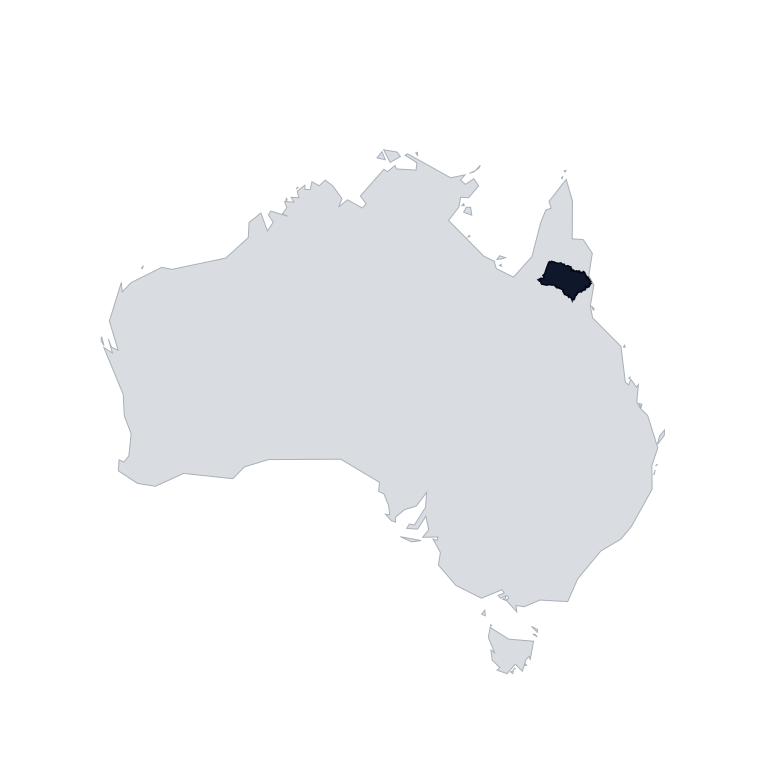 Mareeba, Queensland, Australia (highlighted), rotated 14°
{"feature_id": "25037944B55743987265110", "entity_name": "Mareeba", "entity_type": "district", "adm_level": 2, "iso_a3": "AUS", "parent_name": "Australia", "parent_adm1": "Queensland", "projection": "albers", "projection_center": [144.699, -17.129], "detail": "fine", "context": "in_parent", "style": "filled", "palette": "ink", "viewbox_px": 768, "rotation_deg": 14, "n_neighbors": 0, "source": "geoboundaries", "source_scale": "gbopen_adm2", "svg_char_len": 9059}
<svg xmlns="http://www.w3.org/2000/svg" viewBox="0 0 768 768"><g transform="rotate(14 384 384)"><path d="M522.5,160.6L531.5,197.6L542.3,195.7L554.5,206.8L556.5,229.4L563.7,237.3L565.3,258.4L570.4,269.4L604.8,290.2L617.7,323.8L621.6,325.6L622.4,319.7L629.7,326.0L631.0,323.0L633.6,340.0L637.9,345.1L647.4,350.7L665.1,379.7L663.6,398.4L669.6,421.2L658.5,462.4L651.4,477.2L634.8,493.5L619.1,526.2L614.9,550.7L587.6,555.9L574.0,566.2L565.6,567.0L568.0,573.0L554.9,564.2L556.8,562.2L555.9,560.0L553.5,559.9L549.1,563.7L545.9,561.4L551.2,557.8L548.2,555.1L530.4,568.3L502.6,562.1L480.6,546.5L479.5,533.8L469.1,522.6L473.3,522.9L473.2,519.4L458.6,523.4L462.7,514.6L456.6,502.2L451.7,516.7L441.0,518.6L442.5,513.7L447.6,513.5L454.2,493.6L451.6,478.8L444.8,494.7L434.2,501.0L427.3,510.6L428.6,515.3L424.2,514.9L416.9,510.0L421.3,509.7L417.8,500.7L410.5,490.6L404.8,489.6L403.4,480.5L360.3,467.4L290.2,485.3L268.6,498.2L260.2,512.5L211.3,519.2L186.9,538.5L168.8,540.1L147.2,532.5L145.3,521.7L150.5,522.7L153.8,515.5L150.7,493.4L139.8,477.9L133.5,457.2L103.3,416.3L113.1,419.7L105.6,406.9L110.7,414.3L117.9,415.6L102.3,389.3L104.6,349.1L107.7,358.0L114.2,346.7L140.2,324.5L150.4,324.1L200.0,300.1L216.9,274.8L214.0,259.9L223.2,247.9L233.8,263.7L237.4,253.9L231.0,247.9L232.2,243.6L249.8,244.5L244.2,243.5L247.1,236.5L243.4,231.0L252.6,229.3L248.8,225.3L256.4,223.9L253.2,217.9L259.2,210.2L260.1,214.3L265.4,213.3L265.2,205.2L273.2,207.3L277.6,200.4L286.3,204.1L298.4,214.3L297.2,223.3L304.0,214.1L320.3,218.5L323.1,213.5L315.6,207.3L332.0,175.6L335.9,177.3L341.8,169.3L344.2,172.3L363.4,168.7L362.4,161.4L349.1,156.9L351.1,154.9L398.7,167.8L412.0,161.5L408.9,167.6L414.8,170.6L421.5,163.1L427.9,168.9L421.1,182.8L413.1,184.3L413.9,194.1L407.1,209.7L449.9,235.8L461.3,238.3L465.0,244.9L483.8,249.0L496.7,224.6L497.0,189.4L498.9,176.1L503.7,172.9L499.9,167.0L511.3,141.4L522.5,160.6ZM545.9,594.5L566.7,601.4L591.3,597.4L592.6,616.4L591.0,613.0L588.5,616.9L587.7,629.2L579.1,624.1L573.5,635.3L562.9,634.3L565.0,631.1L555.8,625.8L552.1,616.2L556.2,617.9L546.5,604.5L545.9,594.5ZM327.0,156.8L340.5,155.8L344.9,159.3L336.4,167.5L327.0,156.8ZM436.8,528.2L457.9,526.9L449.0,530.5L436.8,528.2ZM425.3,191.6L428.3,199.0L419.8,198.1L421.0,192.7L425.3,191.6ZM664.0,376.4L663.9,367.8L667.3,360.8L668.4,366.0L664.0,376.4ZM585.7,583.5L592.6,585.2L592.8,587.9L585.7,583.5ZM325.8,159.1L331.1,166.1L322.5,166.3L325.8,159.1ZM538.4,584.4L534.4,583.7L536.5,579.1L538.4,584.4ZM471.3,232.1L467.4,234.4L463.4,235.8L465.3,231.5L471.3,232.1ZM103.0,414.4L99.2,410.8L98.4,407.0L98.8,406.8L103.0,414.4ZM591.2,590.4L593.9,592.3L588.8,590.7L591.2,590.4ZM636.3,341.2L639.2,341.2L639.1,345.0L636.3,341.2ZM566.3,258.1L569.9,260.4L569.2,261.7L566.3,258.1ZM578.8,630.8L579.1,633.8L576.5,632.8L578.8,630.8ZM668.0,401.8L668.0,406.5L667.6,406.4L668.0,401.8ZM361.2,154.1L358.9,152.2L360.3,151.1L361.2,154.1ZM424.0,151.2L420.9,155.2L424.5,148.4L424.0,151.2ZM668.7,396.3L667.2,397.7L668.2,396.1L668.7,396.3ZM431.7,220.1L429.9,221.0L430.8,219.1L431.7,220.1ZM418.7,191.6L416.4,192.1L417.7,189.7L418.7,191.6ZM121.9,327.4L121.7,330.5L120.7,330.5L121.9,327.4ZM507.3,139.7L507.2,142.3L506.3,140.5L507.3,139.7ZM553.5,561.1L554.1,562.6L553.3,562.1L553.5,561.1ZM420.1,156.3L415.8,159.0L420.2,155.6L420.1,156.3ZM253.1,214.2L251.7,216.1L252.5,213.9L253.1,214.2ZM580.3,628.6L579.0,629.2L579.7,628.1L580.3,628.6ZM469.7,241.1L467.3,241.1L468.5,239.5L469.7,241.1ZM245.6,228.7L244.5,229.8L244.2,227.4L245.6,228.7ZM590.3,622.4L588.5,623.2L589.1,621.5L590.3,622.4ZM508.8,132.7L508.5,134.5L507.2,133.7L508.8,132.7ZM552.5,563.1L554.3,564.5L551.3,564.1L552.5,563.1ZM609.0,290.1L607.4,290.2L608.1,288.2L609.0,290.1ZM621.1,319.4L620.2,319.4L620.9,317.8L621.1,319.4ZM546.8,592.1L546.3,593.3L545.8,591.8L546.8,592.1Z" fill="#d9dde1" stroke="#a8b0b8" stroke-width="1"/><path d="M559.5,234.4L559.1,234.2L558.5,233.9L558.3,233.9L558.0,233.6L557.8,233.6L557.9,233.4L557.9,233.0L558.0,232.8L557.9,232.8L557.4,233.1L557.0,233.2L556.8,233.1L556.8,232.6L556.6,232.5L556.8,232.5L556.8,232.4L556.7,232.4L556.8,232.1L556.6,232.0L556.6,231.7L556.2,231.3L556.2,231.1L555.9,231.1L555.7,231.2L555.7,231.4L555.4,231.8L555.3,231.6L555.0,231.7L554.7,231.4L554.6,231.5L554.6,231.4L554.2,231.0L554.3,230.9L554.1,230.9L554.1,230.7L554.2,230.4L553.8,230.3L553.7,230.0L553.5,229.7L553.3,229.6L553.3,229.3L553.0,229.2L552.7,229.0L552.7,228.8L552.5,228.5L552.3,228.6L552.2,228.5L552.3,228.4L552.2,228.2L552.2,227.9L552.1,227.6L551.8,227.4L551.7,227.3L551.6,227.2L551.4,227.2L551.3,227.3L551.1,227.2L551.0,226.9L550.5,226.7L550.3,226.6L550.0,227.0L550.0,227.3L549.8,227.5L550.0,227.8L550.0,228.0L549.7,228.2L549.6,228.4L549.4,228.4L549.2,228.5L548.9,228.3L548.7,228.4L548.5,228.5L548.4,228.2L547.8,228.8L547.5,228.6L547.2,228.1L546.8,227.7L546.8,227.4L546.6,227.2L546.2,227.2L545.9,227.0L545.7,227.2L545.6,227.3L545.5,227.7L545.6,228.1L545.4,228.3L544.8,228.0L544.6,228.1L544.4,227.9L544.0,227.8L543.8,227.6L543.6,227.6L543.6,227.8L543.4,227.8L543.1,227.7L542.9,227.9L542.9,228.0L543.0,228.1L543.1,228.4L542.9,228.6L542.7,228.6L542.4,228.5L542.3,228.3L542.0,228.3L541.8,228.4L541.7,228.4L541.5,228.5L541.3,228.5L541.3,228.3L541.1,228.2L540.4,227.6L540.2,227.8L540.0,228.1L540.0,228.3L539.9,228.2L539.8,228.4L539.6,228.4L539.4,228.1L539.2,228.3L539.0,228.5L538.9,228.2L538.6,228.1L538.6,227.6L538.5,227.4L538.3,227.2L538.2,227.2L538.0,227.3L538.0,227.2L537.9,227.3L537.9,227.1L537.7,227.0L537.6,226.7L537.3,226.2L537.1,226.0L537.0,225.3L536.8,225.4L536.7,225.2L536.3,225.2L536.1,225.4L535.9,225.4L535.5,225.3L535.2,225.1L534.9,224.9L534.8,225.0L534.5,224.8L534.3,225.0L534.0,225.3L533.9,225.1L533.7,225.0L533.5,224.8L533.4,224.8L533.0,225.3L532.8,225.2L532.3,225.6L532.0,225.6L531.9,225.7L531.7,225.7L531.1,225.5L531.0,225.2L530.5,225.1L530.3,225.0L530.2,225.0L529.9,224.6L529.9,224.3L529.6,224.4L528.7,224.4L528.2,224.6L527.3,224.2L527.0,224.0L526.8,223.9L526.7,224.0L526.3,223.9L526.2,223.8L525.7,223.9L524.9,224.4L524.8,224.5L523.7,224.9L523.1,224.7L522.6,224.8L521.9,224.8L521.0,225.0L520.7,224.7L520.4,224.7L520.1,224.5L519.7,224.4L519.2,224.4L518.9,224.6L518.5,224.6L517.9,224.5L517.3,224.5L517.0,224.4L516.6,224.5L516.3,224.7L516.1,224.5L516.5,225.0L515.9,226.0L515.0,225.3L514.4,226.2L513.7,231.9L513.2,238.4L511.9,240.2L512.1,240.4L512.4,240.5L512.6,240.8L513.0,241.1L513.3,241.5L513.7,241.5L511.7,244.3L510.8,243.3L508.3,245.6L508.6,245.7L509.1,245.8L509.4,246.1L509.8,246.6L510.0,246.6L510.3,246.4L510.6,246.6L510.9,246.6L511.2,246.7L511.5,247.0L511.8,247.8L512.0,248.2L512.2,248.3L512.5,248.7L513.3,249.1L513.6,248.9L514.4,248.8L514.6,248.8L515.1,248.8L515.4,248.9L515.8,248.6L516.5,248.8L517.5,248.8L517.9,248.5L518.2,248.6L518.4,248.4L519.0,248.3L519.6,247.9L520.1,247.8L520.2,247.2L520.3,247.2L520.7,247.3L520.8,247.1L521.3,247.2L521.4,247.3L521.5,247.3L521.6,247.2L522.2,247.5L522.4,247.5L522.4,247.4L523.1,247.4L523.4,247.4L523.6,247.3L523.7,247.0L523.7,246.7L524.3,246.7L525.0,246.9L525.4,246.8L525.4,247.1L525.6,247.3L525.8,247.3L526.2,247.2L526.4,247.4L526.5,247.5L526.8,247.8L527.1,247.8L527.3,248.2L527.6,248.1L527.7,248.3L527.9,248.4L528.1,248.5L528.3,248.8L528.7,248.9L529.0,248.7L529.2,248.3L529.3,248.2L529.4,248.3L529.5,248.4L529.9,248.6L530.1,248.6L530.2,248.4L530.5,248.3L530.6,248.1L530.8,248.5L531.4,248.8L531.5,248.8L531.6,248.6L531.8,248.6L532.2,248.8L532.7,248.9L532.9,249.0L535.0,249.2L534.9,250.4L537.5,253.4L539.9,253.7L540.1,253.5L540.1,253.3L540.3,253.3L540.6,253.4L540.7,253.7L541.2,253.9L541.5,254.4L542.1,255.0L542.3,254.3L542.4,254.5L542.5,254.4L542.8,254.7L544.3,254.9L544.6,255.1L545.0,255.7L546.0,256.6L546.5,257.5L546.6,256.1L547.0,255.8L547.2,256.1L547.4,256.2L547.4,256.4L547.7,256.3L547.9,256.1L548.0,256.1L548.1,255.9L548.2,255.3L548.2,255.0L548.3,254.6L548.0,253.8L548.0,253.7L548.3,253.4L548.2,253.2L548.2,252.7L548.4,252.2L548.5,252.0L548.7,251.9L548.8,251.8L548.6,251.7L548.6,251.4L548.8,251.4L548.9,251.0L549.2,250.8L549.3,250.5L549.6,250.2L549.4,249.9L549.7,249.3L549.7,249.0L549.8,248.8L549.7,248.6L549.9,248.4L550.0,248.4L550.0,248.0L550.4,248.2L550.8,248.0L550.9,247.6L551.0,247.4L551.8,247.2L552.0,246.9L552.4,247.0L552.8,246.6L553.4,246.8L553.4,246.5L553.5,246.5L553.5,246.2L553.5,245.8L553.8,245.6L553.8,245.3L553.9,245.2L554.0,245.1L554.6,245.0L554.7,244.9L554.7,244.7L555.1,244.7L555.4,244.6L555.5,244.3L556.0,244.1L556.2,243.8L556.3,243.8L556.3,243.7L556.4,243.4L556.5,243.4L556.4,243.0L556.5,242.9L556.3,242.4L556.4,242.2L556.2,241.9L556.3,241.0L555.8,240.7L555.8,240.3L555.8,240.2L556.0,240.0L556.3,240.0L556.2,240.2L556.6,240.3L556.5,240.5L556.6,240.8L556.7,241.0L556.9,241.0L556.8,240.9L557.3,240.8L557.5,240.9L557.5,241.2L557.7,241.3L557.9,241.1L558.0,240.9L558.3,240.9L558.5,240.8L558.6,240.7L558.7,240.4L558.7,240.1L559.3,240.1L559.5,239.9L559.5,239.7L559.3,239.7L559.2,239.4L559.6,239.2L559.5,238.7L559.6,238.4L559.8,238.3L559.8,237.8L560.0,237.6L559.9,237.4L560.1,237.0L560.0,236.8L559.8,236.8L560.0,236.6L559.7,236.4L560.1,236.3L559.9,236.2L560.0,235.9L559.8,235.6L559.8,235.1L559.7,234.8L559.8,234.7L559.5,234.6L559.5,234.4Z" fill="#0f172a" stroke="#020617" stroke-width="1.5"/></g></svg>